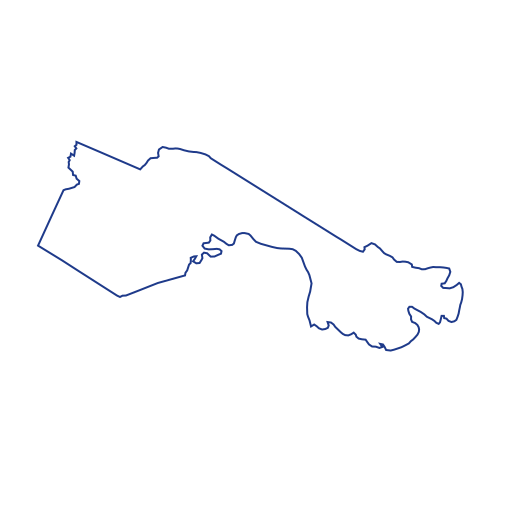 the district of Marapanim, Pará, Brazil, rotated 108°
{"feature_id": "56859067B57853854676619", "entity_name": "Marapanim", "entity_type": "district", "adm_level": 2, "iso_a3": "BRA", "parent_name": "Brazil", "parent_adm1": "Pará", "projection": "robinson", "projection_center": [-47.711, -0.8], "detail": "fine", "context": "isolated", "style": "outline", "palette": "blue", "viewbox_px": 512, "rotation_deg": 108, "n_neighbors": 0, "source": "geoboundaries", "source_scale": "gbopen_adm2", "svg_char_len": 3482}
<svg xmlns="http://www.w3.org/2000/svg" viewBox="0 0 512 512"><g transform="rotate(108 256 256)"><path d="M177.3,352.3L177.7,357.2L177.7,361.2L178.0,363.6L178.6,365.9L179.6,368.0L180.9,372.0L180.8,375.1L181.2,378.5L184.7,381.2L188.2,381.0L191.3,379.4L193.1,380.4L193.9,382.5L195.6,386.5L198.6,388.2L201.4,388.9L203.9,389.9L205.8,391.3L209.4,392.9L205.3,436.7L203.0,462.0L205.7,461.1L207.6,462.3L209.2,460.1L211.2,461.1L213.9,460.4L216.8,460.0L215.8,463.6L218.9,463.2L220.7,465.0L222.4,462.8L224.5,463.2L226.6,462.2L229.9,461.7L232.4,456.4L235.5,455.0L235.3,452.3L237.9,450.5L239.3,447.2L242.1,446.7L243.4,448.4L246.5,449.9L249.8,454.6L251.4,457.6L252.9,459.4L279.7,462.6L313.5,466.5L320.1,439.0L324.8,421.3L336.6,375.9L337.0,372.7L335.0,370.7L333.8,367.5L325.3,357.1L318.6,349.0L312.0,341.0L296.4,317.5L293.7,317.9L291.0,317.0L287.3,317.0L284.8,317.0L283.0,316.0L280.0,316.7L277.9,317.5L275.6,314.9L274.7,312.7L277.7,313.3L280.5,314.2L281.4,310.5L280.1,307.5L276.6,306.6L274.6,306.3L271.4,307.9L268.9,306.5L268.5,303.3L269.5,301.3L270.6,298.9L269.3,295.3L266.3,292.0L264.6,290.0L262.0,290.3L260.9,292.7L261.3,295.5L262.8,299.0L264.3,303.0L264.8,307.1L262.8,310.1L260.1,309.8L257.9,305.0L255.4,304.2L252.4,305.3L249.2,304.6L249.6,302.0L251.2,297.1L252.4,290.9L253.6,287.8L254.2,285.2L252.8,282.1L251.0,280.9L247.4,281.0L244.3,281.0L242.3,280.6L240.4,279.1L238.5,276.3L237.7,273.8L237.3,269.8L238.2,267.6L240.8,263.6L242.5,260.4L242.9,255.1L242.4,243.5L241.9,238.3L241.1,234.5L238.8,226.6L238.2,223.2L238.8,219.7L240.8,215.6L243.5,211.9L250.8,206.2L253.4,203.7L255.2,201.5L257.7,199.3L264.9,194.7L273.2,193.5L278.2,193.4L284.0,192.9L289.0,191.6L295.4,189.3L297.6,187.8L300.7,185.2L306.0,181.9L303.2,179.5L304.0,176.7L305.3,173.8L305.5,170.4L304.0,167.5L302.1,165.5L299.6,165.4L296.7,167.5L296.1,164.1L297.2,161.0L298.9,158.8L300.7,155.1L302.4,151.6L303.3,149.3L303.7,146.8L303.0,143.7L301.0,141.3L298.7,139.4L300.0,136.8L301.7,135.6L302.8,132.9L302.5,129.6L301.7,125.9L303.3,123.8L305.2,121.2L306.2,117.6L305.2,114.0L305.3,110.2L303.5,107.8L301.2,110.7L300.9,107.9L302.7,105.6L305.2,103.2L304.3,98.7L302.4,95.7L300.2,92.7L297.9,89.6L296.2,87.8L294.3,85.9L291.9,83.6L289.2,82.4L286.7,80.7L283.7,79.3L280.8,78.1L277.8,77.7L275.4,78.2L273.5,79.3L271.7,81.2L270.6,83.9L270.4,87.2L268.3,89.0L265.6,89.8L263.6,92.3L261.0,94.2L259.1,95.1L256.9,94.4L256.1,91.8L257.0,89.3L257.6,86.1L258.3,82.0L259.5,77.9L261.0,74.7L261.3,72.5L261.8,69.1L262.6,66.3L263.8,63.9L264.1,61.3L262.2,60.5L259.0,60.7L255.6,61.0L254.9,58.8L256.9,57.8L256.7,55.5L258.2,52.9L258.4,49.7L256.8,47.2L254.8,45.7L251.4,45.5L248.2,45.5L244.4,46.0L241.5,46.3L239.4,46.6L236.8,46.5L233.4,46.7L229.6,47.4L226.5,48.2L223.6,49.5L221.6,51.1L219.6,52.4L218.8,54.5L221.6,56.2L224.7,58.7L226.9,61.8L227.7,65.2L228.5,68.1L227.2,70.6L225.0,70.9L223.7,68.1L220.9,67.3L218.1,67.0L214.7,66.3L211.0,66.3L208.2,68.4L208.5,71.3L209.0,74.2L209.8,77.6L211.0,81.2L211.7,84.1L213.3,86.9L214.7,89.0L216.3,91.1L217.4,94.2L217.2,97.2L217.8,100.5L218.1,104.1L215.9,105.2L214.9,109.3L215.3,112.4L216.0,114.9L217.2,117.2L218.1,120.3L216.7,123.6L215.1,125.8L214.5,128.8L214.2,132.8L213.7,135.0L212.6,137.0L210.5,140.5L209.8,142.9L208.2,146.4L208.1,150.2L211.7,153.1L214.1,155.6L216.1,154.7L218.9,155.6L219.1,158.9L218.5,162.9L217.6,166.4L214.0,180.6L213.0,185.0L203.8,222.0L193.5,263.1L181.7,310.3L179.9,317.9L177.0,329.2L175.6,331.6L175.0,335.5L175.1,340.6L175.6,344.8L176.4,347.7L177.3,352.3Z" fill="none" stroke="#1e3a8a" stroke-width="2"/></g></svg>